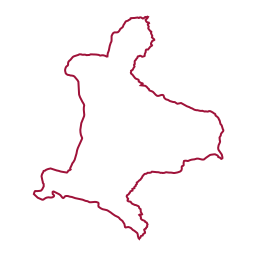 Contratación, Santander, Colombia, rotated 89°
{"feature_id": "7082276B96001848010118", "entity_name": "Contratación", "entity_type": "district", "adm_level": 2, "iso_a3": "COL", "parent_name": "Colombia", "parent_adm1": "Santander", "projection": "robinson", "projection_center": [-73.502, 6.304], "detail": "fine", "context": "isolated", "style": "outline", "palette": "rose", "viewbox_px": 256, "rotation_deg": 89, "n_neighbors": 0, "source": "geoboundaries", "source_scale": "gbopen_adm2", "svg_char_len": 5847}
<svg xmlns="http://www.w3.org/2000/svg" viewBox="0 0 256 256"><g transform="rotate(89 128 128)"><path d="M160.0,34.2L158.9,34.1L156.2,34.7L151.7,37.7L150.7,38.1L149.3,38.2L146.8,37.7L144.3,36.5L143.4,36.2L142.5,36.2L141.5,36.6L140.7,36.4L139.6,36.7L139.0,36.6L137.2,35.4L135.7,35.2L135.0,34.8L132.8,32.9L131.8,32.7L130.8,33.2L127.0,34.3L125.5,35.5L122.3,36.2L121.7,36.4L121.3,36.9L120.0,37.2L118.5,38.4L117.2,40.1L116.6,40.4L115.9,40.4L115.2,41.0L114.8,41.9L114.1,42.7L113.1,44.4L112.6,45.5L112.5,46.7L112.8,47.1L113.0,48.2L112.7,50.1L112.9,50.8L112.4,52.6L112.1,53.2L112.2,53.8L112.1,55.6L111.4,58.4L111.4,59.4L111.0,60.9L110.5,62.0L109.7,63.2L108.9,65.2L108.3,66.1L107.3,68.7L104.0,74.4L104.0,74.9L104.6,78.1L104.3,78.8L102.9,80.8L102.8,82.4L101.8,85.6L100.6,87.5L100.1,89.3L99.6,90.1L98.3,91.3L96.4,91.8L96.0,92.0L95.6,92.6L95.5,93.4L95.7,94.6L96.4,96.7L96.4,98.2L95.4,99.6L92.4,102.3L91.9,103.1L90.8,105.9L89.9,106.4L89.5,106.4L88.8,107.3L87.7,108.1L86.5,109.4L86.1,110.2L85.5,114.4L85.4,114.3L85.1,113.7L85.0,113.0L84.5,112.6L84.0,112.5L83.6,112.7L83.2,114.1L82.5,115.3L82.1,115.7L81.8,116.4L81.2,116.5L80.4,116.4L79.8,116.9L78.7,119.5L77.9,120.3L74.5,122.8L74.1,123.5L73.5,124.0L72.7,124.2L71.5,123.8L70.8,123.9L69.8,122.2L68.1,121.4L66.7,120.4L65.1,120.9L64.5,120.6L64.1,120.1L61.8,120.2L61.0,120.0L59.9,118.9L59.1,118.5L58.0,117.4L56.9,117.1L56.5,116.7L56.4,115.6L56.1,115.2L56.0,114.6L56.1,114.0L56.9,112.8L57.0,112.4L56.5,110.6L56.2,110.1L54.2,109.9L52.4,109.0L51.5,109.0L50.5,108.8L49.9,108.3L49.9,106.6L47.0,104.2L46.1,102.7L45.7,102.5L44.7,103.5L43.7,103.5L41.5,102.3L41.2,101.8L40.9,100.9L40.4,100.2L39.8,100.3L37.8,102.5L36.3,102.1L34.0,103.2L33.3,103.4L32.8,103.1L32.2,103.0L31.8,103.4L31.4,104.1L29.0,105.9L28.4,106.0L27.0,105.5L25.2,106.4L24.7,106.4L23.6,105.1L23.0,105.4L22.8,106.4L22.3,107.5L21.0,108.3L20.1,108.5L18.6,106.8L17.3,106.0L17.0,106.6L17.2,107.0L17.9,107.5L17.4,108.2L17.3,108.8L18.5,110.4L18.8,111.2L17.6,113.3L17.7,114.5L18.2,115.1L18.1,115.7L17.7,116.3L17.7,116.6L18.1,119.6L18.2,123.1L18.5,123.6L19.2,123.7L19.7,124.5L20.1,125.5L20.6,126.0L21.3,128.2L22.0,128.8L23.7,129.8L24.8,130.6L26.8,131.4L27.3,131.9L28.9,134.0L30.5,134.9L31.2,135.5L32.0,136.4L32.2,137.3L32.2,140.0L32.9,141.2L34.1,142.0L35.8,142.8L39.9,142.9L41.3,143.1L42.6,143.8L45.5,144.8L50.1,145.8L51.5,146.3L52.6,146.8L54.0,147.1L56.1,147.3L56.2,148.1L55.4,149.6L54.9,151.3L54.8,152.5L55.1,154.6L54.4,156.0L54.0,158.7L53.7,164.0L54.3,165.5L54.4,168.3L54.0,169.3L53.9,170.4L54.0,171.6L53.9,172.7L53.5,173.7L53.5,175.4L54.0,176.3L55.2,180.2L55.6,181.3L56.2,182.1L59.0,184.5L59.7,185.5L61.0,186.5L62.2,186.8L63.7,186.8L64.5,187.2L65.5,188.6L66.5,189.2L67.6,189.6L68.9,189.9L70.1,189.8L72.2,189.3L73.1,188.5L73.8,187.4L74.0,186.1L74.5,184.5L74.6,183.3L75.0,181.6L75.7,180.6L79.4,177.6L80.9,176.8L93.8,176.3L96.4,175.4L100.9,173.2L103.1,171.9L104.5,171.4L106.7,171.8L108.9,171.9L114.0,171.5L115.4,171.7L122.3,174.6L129.0,175.7L131.6,175.6L134.1,175.2L137.3,174.0L138.3,174.3L147.2,178.5L149.5,179.3L152.5,179.9L158.9,181.9L161.4,183.4L161.9,183.9L162.6,184.4L163.3,184.6L167.2,186.5L167.8,186.5L168.5,186.1L169.2,187.1L169.4,188.2L171.0,189.3L171.5,189.9L170.4,195.8L169.6,198.2L169.2,200.0L167.1,206.1L167.6,208.5L168.2,210.2L168.6,211.0L169.1,211.5L169.5,213.1L171.0,213.7L172.0,214.4L172.9,214.8L174.7,215.3L179.1,214.5L180.0,214.2L181.3,214.1L182.5,213.3L184.9,213.3L187.9,214.9L189.1,216.1L189.3,217.2L189.5,219.7L189.4,221.9L190.5,222.7L192.4,223.3L196.1,219.5L198.2,215.0L198.1,213.9L196.6,211.6L196.1,210.2L195.9,208.6L196.1,207.5L196.2,206.0L195.9,204.5L195.1,203.3L194.3,203.1L193.4,203.6L192.9,204.3L191.9,204.5L190.7,204.5L190.3,204.1L190.2,203.4L192.9,198.2L194.0,196.7L196.3,195.0L196.9,194.1L196.7,193.5L195.2,192.1L194.9,191.1L195.0,189.2L195.6,187.5L196.0,185.3L197.2,182.0L198.9,174.6L200.1,171.8L200.5,169.7L201.5,167.9L201.6,166.5L201.3,162.3L201.5,160.7L202.2,159.0L203.3,158.7L204.9,159.0L206.2,158.8L207.7,156.8L208.7,154.9L209.5,151.6L210.0,150.0L212.2,146.7L213.5,145.1L215.3,142.6L217.0,139.3L217.9,138.3L218.9,137.6L220.8,135.2L223.9,133.3L227.0,132.7L227.4,132.1L227.0,129.5L227.4,128.2L228.0,126.9L230.1,124.8L230.8,123.5L233.2,120.6L234.6,120.1L236.1,120.0L238.4,119.3L239.0,118.7L238.5,118.5L237.8,117.5L236.6,117.2L236.2,116.9L235.7,115.2L234.6,114.8L234.0,114.3L233.6,113.4L233.1,112.8L231.9,112.9L231.1,113.3L230.0,113.6L229.5,113.2L228.8,111.8L228.4,111.8L227.7,111.4L227.4,110.8L226.7,110.5L225.8,110.6L224.7,110.1L224.3,110.3L223.8,110.7L223.1,110.8L222.7,111.2L222.5,111.9L222.1,112.5L221.6,112.6L221.1,113.1L220.1,115.5L219.3,116.4L218.4,116.8L217.5,116.6L216.5,117.0L215.1,118.3L214.8,117.9L214.8,115.8L214.5,115.4L212.0,116.7L209.4,116.8L208.8,117.7L208.1,118.2L207.1,118.4L206.4,118.9L205.5,120.8L205.1,121.8L205.1,122.4L204.0,124.7L203.5,125.5L201.8,126.7L201.3,128.9L200.7,129.7L200.0,129.7L199.2,129.2L198.7,129.1L198.2,129.6L196.5,130.5L195.5,130.3L194.9,129.7L194.6,128.9L194.1,128.3L193.4,128.1L192.7,127.2L191.4,126.7L190.6,124.6L189.0,124.7L188.3,122.7L187.6,122.8L186.9,122.5L186.1,121.3L185.1,121.2L184.1,120.1L182.7,120.2L181.8,118.8L180.7,117.8L179.9,116.5L178.7,115.7L178.3,115.2L176.4,114.3L176.0,113.8L175.4,113.4L174.7,112.7L174.2,112.0L174.0,110.4L173.1,109.1L173.2,107.6L173.0,106.0L172.1,104.8L172.7,99.8L172.7,98.8L172.9,97.8L173.4,96.2L173.4,94.6L173.6,94.2L173.5,92.6L172.9,90.7L173.3,87.8L173.4,85.2L173.8,83.3L173.8,82.2L173.3,79.3L172.5,76.8L171.5,75.5L170.8,75.2L169.7,74.9L168.0,75.0L167.3,74.8L166.9,74.2L166.7,73.5L166.1,73.0L163.7,73.0L162.0,72.6L161.7,71.7L161.7,70.8L161.8,70.0L162.0,69.3L162.0,68.5L161.2,66.5L160.8,65.0L160.6,63.5L160.5,62.2L159.8,59.6L159.9,58.1L160.8,54.6L160.9,53.5L160.7,52.5L159.1,50.5L156.5,46.6L156.2,45.6L155.8,42.2L155.9,41.2L157.1,38.9L158.0,38.3L158.7,38.2L159.1,36.8L160.5,35.3L160.0,34.2Z" fill="none" stroke="#9f1239" stroke-width="2"/></g></svg>